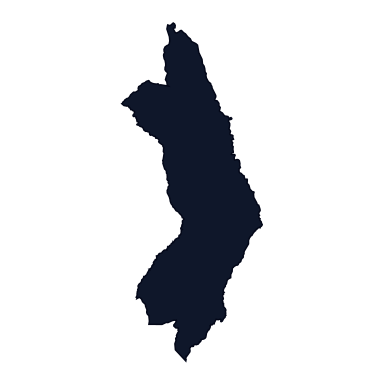 the district of Nova Maringá, Mato Grosso, Brazil
{"feature_id": "56859067B91548719297399", "entity_name": "Nova Maringá", "entity_type": "district", "adm_level": 2, "iso_a3": "BRA", "parent_name": "Brazil", "parent_adm1": "Mato Grosso", "projection": "robinson", "projection_center": [-57.25, -12.757], "detail": "fine", "context": "isolated", "style": "filled", "palette": "ink", "viewbox_px": 384, "rotation_deg": 0, "n_neighbors": 0, "source": "geoboundaries", "source_scale": "gbopen_adm2", "svg_char_len": 6043}
<svg xmlns="http://www.w3.org/2000/svg" viewBox="0 0 384 384"><path d="M156.4,256.0L156.8,257.3L156.5,258.3L156.7,259.1L156.5,259.7L155.2,259.7L155.0,260.6L154.1,261.3L153.4,262.7L153.9,264.1L153.0,264.5L152.6,265.5L152.1,265.6L151.6,267.6L150.4,268.7L149.3,269.1L149.9,269.5L149.8,270.1L149.2,269.8L147.1,273.6L147.0,274.5L145.5,275.7L145.1,276.4L143.8,276.5L143.9,277.0L143.0,278.8L141.8,279.8L141.6,281.3L140.9,282.7L139.1,284.1L138.1,285.8L138.1,286.9L138.8,287.6L137.7,289.4L138.0,290.7L137.4,291.2L137.0,294.2L137.4,294.7L136.2,297.3L137.1,297.9L136.9,298.6L139.3,297.3L140.9,298.4L141.6,299.3L142.6,301.7L145.4,304.4L145.6,306.3L147.0,309.8L146.7,312.0L146.9,313.1L147.5,314.4L148.8,315.5L148.9,316.0L149.4,321.1L148.9,324.3L162.0,324.4L166.2,322.4L167.9,322.6L172.1,320.7L174.0,320.2L175.0,320.2L176.0,320.7L176.4,320.4L176.5,320.9L175.2,323.3L173.9,324.8L173.8,326.0L175.8,327.9L178.1,328.1L178.3,328.8L178.0,330.2L178.7,331.7L177.7,332.8L176.5,335.5L176.9,337.3L175.9,338.0L175.7,338.7L176.0,340.5L174.9,343.8L175.4,349.8L185.8,361.0L186.1,359.3L185.6,358.2L186.2,357.1L186.1,356.5L186.3,356.1L186.8,356.2L189.9,351.8L190.0,350.2L189.6,348.6L190.8,346.8L192.2,345.8L192.8,346.5L193.4,346.3L194.1,344.6L194.6,344.4L196.3,344.7L198.2,344.1L199.2,342.8L199.5,341.7L200.2,341.9L200.6,341.4L201.2,340.1L201.1,339.5L203.8,339.0L205.2,338.1L205.8,337.1L206.5,333.1L208.4,329.8L208.8,329.9L209.6,328.6L210.3,326.7L210.0,325.8L210.9,325.1L210.9,324.5L212.0,324.9L213.4,323.7L214.2,323.8L214.4,322.6L216.1,319.3L218.2,319.7L220.4,319.1L220.9,319.4L220.8,321.5L221.2,321.7L222.3,321.1L223.6,318.6L225.0,317.3L225.2,316.1L225.9,315.3L225.3,313.8L225.7,313.5L225.5,310.7L225.9,310.1L225.3,308.7L223.4,306.4L223.6,305.7L223.3,304.5L223.6,304.0L222.8,303.5L223.1,303.0L222.4,302.6L222.8,301.5L222.3,300.1L223.2,299.2L223.3,298.3L222.6,296.2L222.8,294.7L223.5,294.3L223.2,293.4L224.1,292.6L223.2,292.0L223.6,291.5L223.1,290.3L224.2,287.7L225.3,286.4L225.4,284.6L226.0,284.3L226.4,283.6L227.1,280.3L228.2,279.0L230.7,277.7L230.7,274.5L232.1,271.5L232.3,268.1L233.4,267.3L233.8,266.6L236.1,265.2L237.1,265.2L238.0,264.7L239.0,262.7L240.5,261.8L241.1,260.7L240.9,260.0L242.3,258.1L243.0,257.6L243.3,256.8L243.0,255.9L244.0,253.7L244.0,252.0L244.4,250.9L248.5,243.9L248.5,240.4L249.5,237.8L251.2,235.6L251.9,235.4L252.9,233.5L255.1,230.7L255.5,230.8L256.4,229.2L257.3,228.9L258.0,228.0L259.4,227.3L260.0,227.8L260.5,226.8L261.4,226.2L262.1,225.1L262.2,224.3L261.6,223.6L261.2,221.8L259.7,220.0L260.1,218.8L259.3,218.4L258.8,216.8L258.8,216.2L259.5,215.3L258.5,214.1L259.2,211.9L260.1,210.7L260.0,209.3L258.7,205.2L257.3,204.6L256.6,202.6L253.8,197.4L253.5,193.8L254.0,192.6L253.8,191.9L252.3,191.7L249.9,189.1L248.9,185.2L247.1,183.3L247.3,179.7L247.0,179.1L245.8,179.3L244.7,178.9L244.0,175.7L242.7,175.2L241.3,173.5L240.0,173.0L239.4,172.3L239.0,171.3L239.1,168.8L240.4,167.6L239.7,165.4L239.9,163.6L239.3,160.7L238.4,159.8L237.1,159.5L235.0,160.1L234.5,159.8L234.1,157.8L235.1,155.2L234.7,154.6L232.0,154.7L231.3,154.2L232.0,152.8L233.2,152.6L233.3,151.9L232.9,149.4L233.1,146.5L232.0,145.5L232.7,142.7L231.4,141.0L231.8,140.0L233.5,139.2L232.8,137.6L232.9,135.6L231.9,135.0L230.5,134.9L229.8,134.1L230.5,131.2L229.0,128.8L229.7,125.6L229.7,123.6L228.4,121.1L228.8,119.9L231.0,119.4L231.6,119.1L231.8,118.4L231.0,117.6L230.2,117.9L229.8,118.6L229.3,118.6L227.9,116.5L224.5,115.9L222.4,113.0L219.6,111.3L219.5,110.6L220.2,107.5L218.9,105.7L218.9,103.3L217.2,100.9L215.2,100.4L214.7,99.9L214.7,99.3L215.8,96.9L215.7,95.4L212.1,88.2L211.8,86.3L211.0,85.1L210.6,83.5L208.4,81.8L206.4,78.1L205.9,75.7L206.2,73.5L205.1,72.0L204.7,68.4L204.0,66.0L202.5,64.0L202.0,59.3L198.8,52.6L197.5,45.1L195.8,43.6L191.5,41.5L190.3,38.9L187.7,36.8L185.5,33.9L183.5,32.6L181.5,30.5L180.4,30.6L178.7,32.0L176.6,33.0L175.3,32.6L173.5,29.5L173.3,28.3L175.0,27.8L175.2,25.4L174.5,23.9L173.2,23.0L170.5,25.4L169.1,25.5L167.8,24.9L167.6,25.4L166.9,29.0L169.4,36.7L169.8,40.9L169.2,44.0L168.0,45.3L167.3,45.4L165.1,46.9L164.0,49.3L164.1,51.3L164.7,52.4L163.7,54.4L163.6,55.7L164.2,58.8L165.1,60.3L165.7,63.7L165.7,65.9L165.1,67.3L165.0,69.7L165.8,71.1L167.2,72.3L167.6,73.4L166.2,76.9L165.5,79.7L166.8,81.8L167.2,84.6L168.6,86.1L160.6,84.8L159.9,85.1L159.2,84.9L158.0,83.8L156.6,84.1L153.8,83.8L151.6,83.1L149.5,81.8L149.2,81.0L148.6,80.6L146.3,81.4L145.0,82.6L142.2,83.7L141.0,85.3L138.7,86.6L138.2,88.2L138.5,90.4L135.4,92.3L133.5,92.2L130.6,94.9L129.7,96.6L128.4,98.2L127.0,98.5L124.8,100.0L124.3,101.0L123.0,102.0L122.4,103.3L121.8,103.7L123.9,105.5L126.9,106.1L128.1,105.9L129.2,107.6L130.1,108.1L130.9,109.7L132.2,109.8L133.1,110.8L134.3,111.2L134.6,111.9L133.8,114.6L133.0,115.1L133.1,116.0L133.6,116.5L134.6,116.3L135.9,117.0L136.0,118.0L136.6,119.0L137.1,121.6L138.6,122.0L138.7,122.7L137.5,124.2L136.9,124.4L137.1,124.9L138.7,125.2L140.0,126.3L141.9,126.9L143.1,128.0L144.0,130.2L145.6,131.3L147.4,131.3L147.8,131.8L149.3,132.0L149.8,134.7L150.4,135.2L152.0,135.0L153.6,136.1L155.3,136.5L155.7,138.1L157.4,138.3L158.8,139.4L159.1,140.5L158.7,141.8L159.3,142.6L162.8,145.1L163.0,146.6L163.7,147.4L163.4,151.7L164.2,152.9L163.2,159.4L162.7,160.6L163.2,162.0L162.9,163.2L164.7,169.0L165.7,169.8L166.4,171.2L166.5,173.1L167.1,173.9L167.3,177.2L167.0,179.3L167.6,180.4L168.6,180.7L168.2,182.6L169.4,184.7L169.3,185.5L168.1,187.0L168.1,188.6L167.2,190.4L167.3,192.8L169.3,196.8L170.0,199.3L170.3,201.4L171.2,203.8L172.2,204.9L173.1,207.1L174.3,207.9L176.0,210.6L178.7,212.1L179.3,213.3L181.7,215.6L182.3,217.7L183.2,217.9L183.8,218.7L184.0,219.3L182.4,221.0L182.6,224.4L182.0,224.8L181.8,226.0L182.2,226.2L181.0,227.8L180.8,228.8L182.3,229.4L181.9,229.8L181.3,229.7L181.2,233.0L180.4,234.9L179.3,235.2L178.9,236.0L179.0,237.6L178.5,238.1L177.9,238.0L175.4,239.3L173.4,242.6L173.0,242.7L172.8,242.2L172.5,243.1L171.4,243.5L170.9,244.9L169.4,245.7L169.3,246.4L168.2,246.9L167.8,246.6L167.6,246.9L167.6,248.4L166.8,249.1L167.0,249.9L164.3,250.1L162.6,251.6L161.6,253.1L159.4,253.5L158.7,254.2L158.6,255.1L156.4,256.0Z" fill="#0f172a" stroke="#020617" stroke-width="1.5"/></svg>